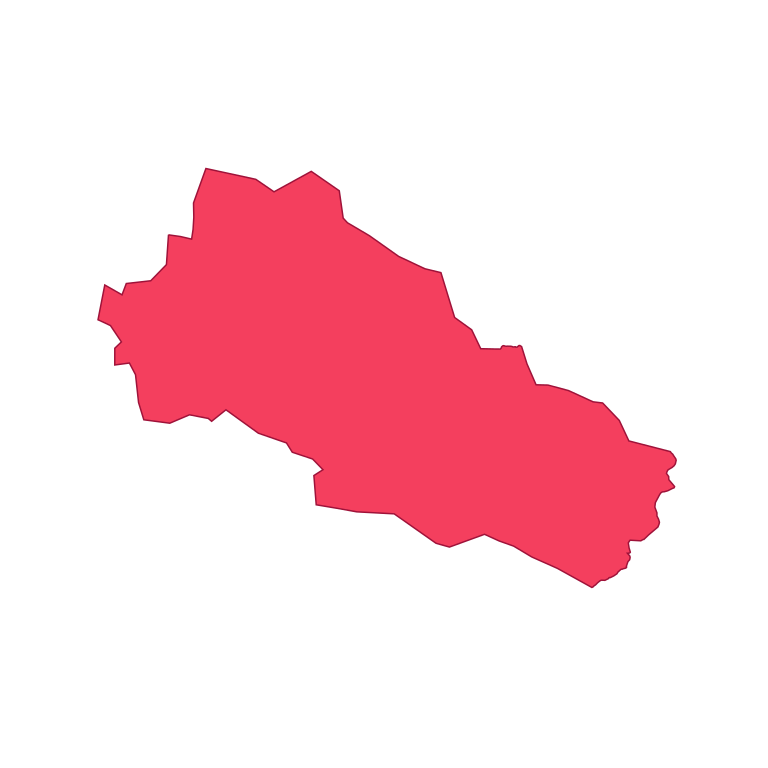 outline of Erdenebulgan, Hövsgöl, Mongolia, rotated 68°
{"feature_id": "93677404B61429445787704", "entity_name": "Erdenebulgan", "entity_type": "district", "adm_level": 2, "iso_a3": "MNG", "parent_name": "Mongolia", "parent_adm1": "Hövsgöl", "projection": "albers", "projection_center": [102.044, 50.219], "detail": "fine", "context": "isolated", "style": "filled", "palette": "rose", "viewbox_px": 768, "rotation_deg": 68, "n_neighbors": 0, "source": "geoboundaries", "source_scale": "gbopen_adm2", "svg_char_len": 2534}
<svg xmlns="http://www.w3.org/2000/svg" viewBox="0 0 768 768"><g transform="rotate(68 384 384)"><path d="M188.1,353.1L159.6,371.8L164.6,413.9L164.6,414.0L146.2,426.2L117.5,468.4L144.8,492.8L158.2,497.9L169.1,503.1L177.6,508.1L171.0,517.5L165.0,527.9L164.9,527.9L191.6,540.9L191.8,541.0L200.9,561.6L194.3,585.3L203.2,593.5L187.6,605.8L217.3,625.1L227.4,615.7L227.5,615.7L246.6,611.7L250.0,620.2L265.5,626.5L269.2,612.2L282.3,610.9L309.2,618.5L327.2,620.1L340.1,597.3L339.7,575.9L350.0,560.0L350.0,559.9L354.0,557.8L348.7,540.2L382.6,518.9L402.1,496.5L412.9,494.6L426.8,478.3L440.6,472.7L442.6,483.3L470.6,492.1L481.1,475.0L481.2,474.8L492.3,457.2L508.2,423.2L551.2,395.4L559.7,384.4L561.0,347.1L572.7,336.0L582.9,324.5L599.7,311.8L619.9,292.3L650.5,267.5L650.4,266.0L649.8,264.8L649.5,263.1L648.3,260.4L647.6,258.1L647.5,257.8L647.3,256.6L647.4,255.8L648.5,253.3L648.8,252.8L648.5,248.6L647.9,248.0L647.9,247.4L648.3,246.7L648.0,242.8L647.2,239.1L646.1,237.7L644.7,234.0L644.7,233.1L645.0,232.2L644.9,231.6L644.9,231.3L645.2,229.5L645.2,228.5L644.6,227.6L644.0,227.7L640.1,224.4L639.0,222.1L638.0,221.4L637.0,220.8L635.7,220.5L634.4,220.9L632.1,221.7L632.7,219.7L632.5,218.9L632.2,218.6L629.1,218.3L627.9,218.2L622.8,217.0L621.1,214.6L621.0,214.3L622.4,211.4L625.6,204.6L625.2,201.8L625.5,201.3L623.0,195.1L620.4,187.2L619.2,183.6L617.1,181.6L615.4,180.4L612.2,180.1L609.4,180.3L608.7,180.4L606.4,179.5L605.8,179.2L605.5,179.2L599.6,179.0L595.6,176.8L589.5,169.5L589.5,169.4L588.6,168.0L588.3,166.3L588.9,164.5L589.3,160.9L589.2,159.7L588.9,156.0L588.9,153.9L588.0,153.0L587.2,153.2L579.9,155.6L579.2,155.7L576.4,154.7L572.8,155.6L571.7,154.8L570.2,153.2L569.8,151.6L569.3,148.1L568.9,147.0L568.5,145.7L567.2,143.8L564.2,141.7L562.8,141.5L559.0,142.3L557.2,142.6L555.5,143.5L554.0,143.8L528.5,178.3L528.4,178.3L505.9,179.5L483.5,188.4L478.8,196.9L459.2,215.4L446.4,232.4L441.7,243.3L418.9,243.9L400.9,242.4L400.4,242.7L399.7,243.3L399.2,243.6L399.0,244.2L398.9,244.6L399.1,245.0L399.3,245.8L399.6,246.5L399.5,247.3L399.3,247.7L399.2,248.0L398.7,248.2L398.5,248.6L398.5,248.9L398.3,249.7L397.9,250.6L397.4,251.0L397.0,251.5L396.5,252.3L395.9,253.6L395.5,254.6L395.2,255.2L394.9,256.3L394.5,257.1L394.0,257.9L393.7,258.1L393.4,258.5L393.2,258.9L393.1,259.5L393.5,260.8L393.8,261.3L394.3,261.6L394.9,262.4L395.1,262.9L395.1,263.4L394.6,264.4L393.3,267.6L387.5,281.1L366.6,282.4L348.8,293.6L302.1,289.5L292.4,303.0L271.2,322.6L241.0,342.0L220.8,357.5L214.9,359.7L188.1,353.1Z" fill="#f43f5e" stroke="#9f1239" stroke-width="1.5"/></g></svg>